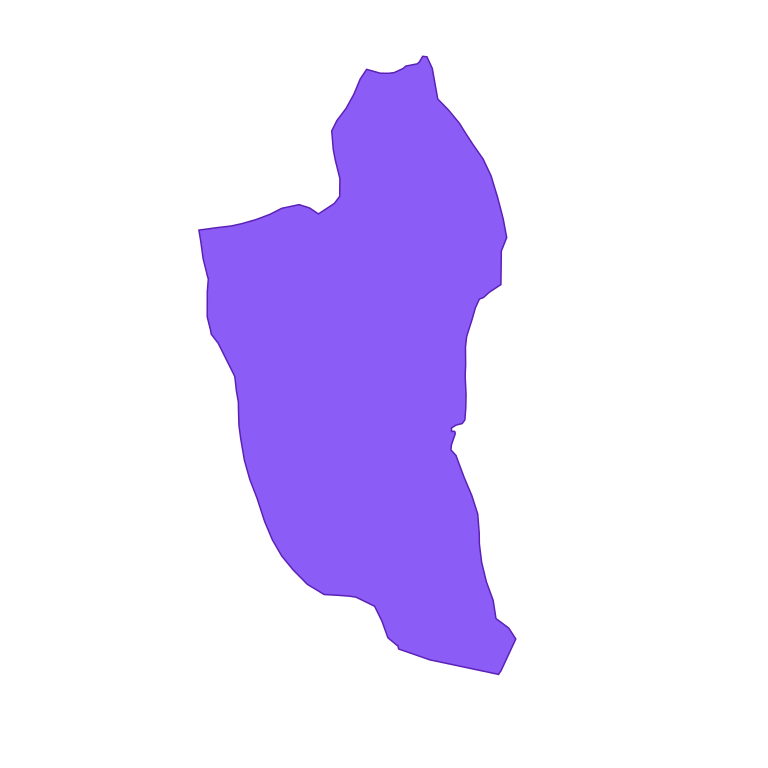 outline of Shaharah, Amran, Yemen, rotated 166°
{"feature_id": "15242507B60781890450687", "entity_name": "Shaharah", "entity_type": "district", "adm_level": 2, "iso_a3": "YEM", "parent_name": "Yemen", "parent_adm1": "Amran", "projection": "equal_earth", "projection_center": [43.696, 16.186], "detail": "fine", "context": "isolated", "style": "filled", "palette": "violet", "viewbox_px": 768, "rotation_deg": 166, "n_neighbors": 0, "source": "geoboundaries", "source_scale": "gbopen_adm2", "svg_char_len": 1632}
<svg xmlns="http://www.w3.org/2000/svg" viewBox="0 0 768 768"><g transform="rotate(166 384 384)"><path d="M317.8,104.7L322.0,117.0L332.1,129.3L330.4,147.7L332.5,167.2L332.4,187.3L330.1,206.0L327.7,216.1L324.5,235.1L325.8,254.7L328.8,273.7L331.3,295.8L331.3,296.9L335.0,303.9L333.2,308.8L327.0,318.3L326.7,320.2L327.3,321.2L329.9,321.6L329.2,325.0L324.0,326.7L317.7,326.7L314.2,329.6L310.4,341.1L306.9,354.0L303.3,372.3L300.2,382.6L296.0,400.2L292.3,410.1L282.8,425.5L276.9,435.8L270.9,443.3L266.4,443.9L259.6,447.6L246.5,452.2L238.0,484.6L229.5,496.4L228.4,515.3L228.5,529.2L228.6,535.0L228.6,537.2L229.6,557.0L229.7,559.8L233.4,578.3L239.9,595.3L244.0,607.2L247.8,618.9L255.2,634.4L262.9,647.5L260.8,678.6L263.2,691.1L267.2,692.6L271.6,688.1L274.1,686.6L286.0,687.2L289.1,685.5L298.7,683.7L304.0,684.3L312.3,686.4L324.7,693.5L333.3,685.7L335.5,682.7L343.1,672.5L354.0,660.7L365.8,651.2L373.5,642.2L376.5,623.8L377.1,613.0L377.1,594.0L381.6,576.8L388.5,571.2L406.5,564.9L413.5,572.7L423.0,578.6L440.8,579.2L453.7,576.2L468.6,574.5L484.0,574.0L494.0,574.3L508.1,576.1L526.4,578.1L527.2,567.7L529.2,549.0L529.2,529.5L528.8,529.2L533.1,516.4L539.3,491.9L539.3,477.8L539.6,474.2L535.0,463.5L534.8,462.6L527.0,427.6L527.4,423.9L528.9,412.9L529.7,401.7L532.1,391.2L534.8,378.7L536.3,365.2L537.9,343.7L537.3,323.8L534.8,303.8L533.1,279.6L530.0,259.7L524.8,241.7L517.1,225.5L506.8,208.1L503.6,204.9L493.0,194.2L480.0,190.2L468.9,186.5L462.8,184.0L446.9,170.6L443.4,154.6L441.6,136.8L434.8,127.5L433.9,127.0L433.9,123.3L406.2,105.2L343.1,74.5L340.3,77.1L340.1,77.1L317.8,104.7Z" fill="#8b5cf6" stroke="#5b21b6" stroke-width="1.5"/></g></svg>